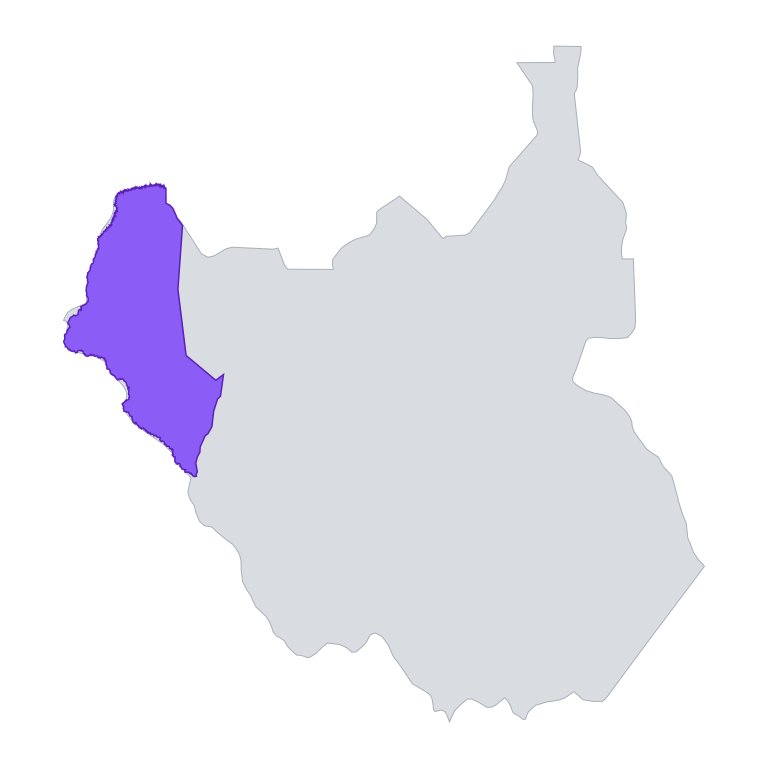 Raga, Western Bahr el Ghazal, South Sudan shown in context
{"feature_id": "79223893B70929244954658", "entity_name": "Raga", "entity_type": "district", "adm_level": 2, "iso_a3": "SSD", "parent_name": "South Sudan", "parent_adm1": "Western Bahr el Ghazal", "projection": "equal_earth", "projection_center": [25.202, 8.544], "detail": "fine", "context": "in_parent", "style": "filled", "palette": "violet", "viewbox_px": 768, "rotation_deg": 0, "n_neighbors": 0, "source": "geoboundaries", "source_scale": "gbopen_adm2", "svg_char_len": 9633}
<svg xmlns="http://www.w3.org/2000/svg" viewBox="0 0 768 768"><path d="M630.4,665.2L607.0,697.0L605.3,698.9L602.4,701.4L592.9,701.4L583.1,699.8L574.0,691.6L564.8,698.0L559.0,700.0L555.5,700.7L547.3,701.8L535.8,705.2L530.7,709.4L527.8,712.8L525.5,719.0L524.4,719.7L522.2,718.9L519.3,716.4L513.1,712.8L510.0,704.9L507.2,700.2L504.8,697.7L495.1,705.5L490.4,707.4L486.5,707.2L479.4,702.7L471.6,699.0L467.5,699.0L461.5,703.7L454.7,710.8L451.2,717.8L449.5,721.9L447.1,715.5L444.8,711.5L441.5,710.0L434.9,711.5L433.4,709.3L433.0,703.9L432.0,698.9L430.4,695.1L425.3,691.4L412.3,683.7L402.2,668.5L397.2,661.5L393.5,656.9L388.2,645.0L382.3,636.7L375.1,632.9L370.3,634.8L365.5,643.6L356.2,651.9L352.0,652.2L346.6,647.7L339.8,644.5L327.5,643.1L322.5,647.0L315.9,653.4L310.3,657.1L306.8,657.6L303.5,656.1L299.9,655.2L296.7,655.1L290.1,649.3L286.7,645.1L284.5,641.0L280.8,638.2L276.4,635.9L273.3,632.2L271.8,627.7L269.4,621.9L266.2,616.6L256.2,607.2L253.2,601.6L251.1,596.2L247.0,590.2L242.7,582.1L241.2,570.4L241.0,561.0L240.1,556.6L238.3,552.2L236.1,548.5L232.6,544.3L224.5,538.3L216.1,531.2L212.0,527.1L204.4,525.7L199.8,521.6L195.9,512.8L194.4,505.7L190.5,500.3L188.9,496.3L187.9,491.7L191.0,477.7L186.5,472.8L179.9,466.4L175.1,459.4L172.2,452.9L163.7,444.4L145.2,431.7L134.5,423.6L128.6,416.3L123.5,409.2L123.0,406.3L126.3,399.2L126.8,393.3L124.1,386.9L113.0,374.7L104.2,361.3L97.5,357.2L81.3,353.5L76.7,352.0L71.9,349.4L67.1,343.4L65.5,336.3L67.8,324.9L66.3,321.4L63.6,320.5L64.4,318.1L67.4,312.6L72.4,309.0L85.7,303.4L86.5,301.2L86.7,294.1L87.8,290.6L92.4,280.8L93.1,276.8L93.3,268.5L93.9,264.5L95.2,261.7L98.9,256.8L100.1,253.9L100.7,247.5L100.3,234.8L102.2,229.7L110.6,218.2L112.8,213.1L113.6,208.5L113.5,203.8L114.0,199.2L116.5,194.7L118.6,193.3L124.8,191.9L129.0,192.8L158.4,184.9L161.8,186.0L163.4,190.7L163.2,198.1L163.7,201.7L165.3,204.3L170.0,207.8L173.2,213.8L175.0,215.9L179.7,220.0L201.6,254.0L207.8,257.2L213.8,256.0L225.7,249.0L231.6,247.2L273.3,249.2L277.9,248.1L278.2,248.3L284.6,265.3L287.6,269.2L333.3,269.4L332.4,264.6L332.9,259.1L340.9,248.7L342.1,247.5L349.1,242.5L356.0,239.1L369.2,235.2L374.0,229.1L376.6,223.4L376.7,212.3L378.4,210.5L381.6,208.0L396.8,198.0L399.4,196.0L426.6,219.0L441.8,237.2L442.8,238.1L443.6,238.5L444.4,237.8L445.0,237.0L446.9,236.2L453.4,235.9L465.6,235.0L469.7,232.9L494.1,200.3L500.3,189.9L501.9,187.8L505.4,180.4L509.0,167.7L509.8,166.2L536.5,135.8L537.5,133.4L537.7,131.4L533.5,121.2L532.6,116.0L532.4,108.0L533.1,95.5L532.7,87.7L532.3,85.5L532.1,85.1L516.9,62.7L554.9,62.5L554.9,59.7L554.8,58.8L554.0,56.1L553.6,52.5L553.6,50.6L553.8,48.7L553.8,47.7L553.7,46.8L553.7,46.4L553.9,46.1L581.1,46.5L580.8,52.9L577.7,67.7L577.8,76.7L577.2,86.8L576.3,89.9L574.9,92.3L574.4,93.5L574.4,94.7L580.6,151.8L580.2,154.2L578.8,157.7L578.4,158.9L578.3,159.8L578.9,160.4L591.6,166.6L592.2,167.0L592.7,167.5L597.3,174.9L622.4,202.0L623.2,203.4L625.9,211.9L626.2,213.2L626.3,215.2L626.2,216.8L625.7,221.9L625.9,224.2L626.3,225.7L626.7,227.5L626.7,228.0L626.5,229.3L622.9,239.2L621.7,246.2L621.4,252.1L621.7,255.5L622.1,257.7L622.5,258.6L622.8,258.9L633.6,258.9L633.5,262.1L635.4,313.8L635.5,319.6L635.1,326.9L633.9,329.8L630.9,333.9L627.1,337.7L617.4,338.6L609.4,338.5L603.6,337.7L595.8,337.3L588.4,338.1L585.8,341.3L576.3,368.9L573.3,375.7L572.5,379.8L573.4,382.2L577.3,385.6L585.7,390.5L595.2,393.4L602.4,394.6L607.3,396.0L611.0,397.5L624.7,410.0L629.1,415.8L631.6,420.9L632.2,426.4L634.2,432.0L646.7,449.2L658.5,457.3L663.1,466.5L667.5,471.0L671.7,475.8L673.9,483.0L679.2,503.7L682.7,514.6L686.3,523.5L687.8,538.0L690.6,544.5L693.5,552.4L698.3,559.5L703.5,565.0L704.4,566.4L653.5,634.1L630.4,665.2Z" fill="#d9dde1" stroke="#a8b0b8" stroke-width="1"/><path d="M186.1,355.5L177.9,289.3L182.5,225.4L176.6,217.7L176.5,216.5L172.8,208.3L170.0,205.3L166.0,203.3L165.9,187.6L165.5,188.7L165.1,187.9L164.2,188.2L164.5,186.5L164.0,185.6L163.9,186.2L163.6,186.0L163.5,186.4L163.3,186.0L162.1,186.3L162.3,186.9L162.0,187.1L161.9,186.4L161.6,186.6L161.8,185.7L161.0,186.0L161.1,185.5L160.7,184.6L160.4,185.2L159.7,184.7L159.6,185.6L159.0,184.2L158.6,184.2L158.9,184.6L158.4,185.3L158.3,184.9L157.7,185.0L157.4,184.1L157.5,184.7L156.4,185.1L156.7,184.4L156.2,184.4L156.4,183.7L156.1,183.5L155.8,184.8L155.6,184.4L154.5,185.6L154.0,184.9L152.8,185.7L152.4,185.4L152.2,186.3L150.9,185.6L151.0,184.4L150.6,184.0L150.7,184.5L150.1,184.6L150.2,185.1L149.8,185.3L150.1,186.0L149.5,186.6L149.0,186.0L147.7,186.3L147.4,185.9L146.1,186.7L146.0,186.0L145.4,187.3L145.1,186.1L144.8,186.8L144.3,186.0L143.5,187.6L143.5,187.1L142.8,186.7L142.5,187.6L141.7,186.8L141.3,188.5L139.8,187.2L139.7,188.7L138.3,188.1L138.0,186.8L137.7,187.9L136.5,187.1L136.4,188.0L135.7,187.9L135.3,188.6L135.0,187.3L134.2,188.8L133.5,188.8L134.0,188.5L133.7,187.9L132.8,188.1L132.7,188.8L132.0,188.2L131.5,189.2L131.0,189.2L131.2,190.1L129.9,189.6L129.9,190.0L129.1,190.0L128.5,189.5L128.3,191.7L128.2,191.1L127.3,190.8L126.9,191.5L127.0,190.8L126.2,190.9L126.5,190.0L125.8,190.5L125.7,189.9L124.9,189.6L124.6,190.0L124.8,190.7L124.4,190.4L123.9,191.3L123.9,190.5L123.5,190.5L123.6,191.6L122.9,191.4L123.0,192.9L122.3,191.9L121.8,192.6L120.8,191.4L120.6,192.0L119.8,192.2L119.7,194.0L118.5,192.9L117.4,194.0L117.4,196.0L116.7,195.9L116.6,196.5L116.2,196.5L116.5,197.2L115.9,197.5L116.2,198.2L116.0,199.0L116.4,199.1L115.4,200.3L116.0,201.2L115.6,201.2L115.7,202.0L115.1,202.9L115.8,203.4L114.4,204.6L115.0,205.3L114.8,205.7L116.0,205.7L115.8,206.3L116.9,207.5L116.7,208.6L117.2,208.5L116.7,209.7L117.1,210.8L116.8,210.6L116.8,211.2L116.4,210.9L116.2,211.7L115.8,211.0L115.4,211.0L115.8,212.8L114.7,212.7L114.4,213.3L114.8,213.8L114.4,214.6L115.0,214.5L114.7,215.4L115.4,214.8L115.1,215.3L115.4,216.1L114.7,215.7L114.7,216.5L114.0,216.5L113.9,217.2L113.4,217.2L113.3,218.6L113.9,219.1L113.7,219.8L113.1,219.9L112.7,219.3L112.6,220.2L112.3,219.7L111.9,220.5L112.0,222.3L111.2,222.8L111.5,223.1L110.9,224.7L111.7,224.8L111.5,225.3L110.4,224.9L110.0,225.0L110.2,225.4L109.7,225.3L110.2,225.9L109.4,225.9L109.4,227.3L108.4,227.2L108.5,227.8L107.4,228.2L107.7,228.8L107.0,228.1L107.1,228.6L106.5,229.1L106.7,229.6L105.8,229.4L105.3,230.3L105.6,230.3L105.6,230.7L105.2,230.4L104.5,231.5L103.6,231.5L102.9,233.9L102.3,234.5L101.6,234.2L101.5,235.4L100.8,235.5L100.6,236.6L99.9,236.2L99.3,237.3L98.5,236.9L98.7,237.7L97.7,238.6L97.8,239.9L98.4,240.3L97.9,240.9L98.3,241.5L97.9,243.9L98.6,244.2L98.8,244.9L98.4,245.4L98.5,249.0L97.7,248.9L96.8,251.3L96.4,251.3L96.6,252.4L96.2,252.4L96.5,253.3L95.4,254.1L95.3,256.6L93.3,259.4L93.6,259.7L93.3,260.5L93.5,260.9L93.3,262.6L92.9,263.5L91.8,263.8L91.1,264.8L90.9,266.8L90.2,267.2L90.2,270.1L87.7,273.0L87.6,275.1L86.8,276.9L87.6,279.6L87.5,281.4L88.1,282.3L86.6,286.0L86.1,291.2L86.7,292.5L86.6,295.7L88.2,298.1L88.1,301.6L87.4,301.8L86.1,304.0L80.6,306.8L81.4,308.4L81.4,310.1L81.0,310.5L80.6,310.3L80.1,309.4L78.6,310.2L77.9,314.7L75.9,315.7L73.6,315.1L72.8,316.3L70.8,317.2L70.2,318.0L68.0,322.4L68.0,323.5L69.2,324.8L70.0,327.4L68.5,328.3L68.3,329.6L67.6,329.8L67.5,330.6L67.0,331.0L66.9,332.9L66.1,333.9L64.6,334.6L64.8,339.1L63.8,341.1L63.9,342.4L65.5,345.6L65.4,346.7L66.0,346.5L67.3,347.5L68.4,349.7L69.3,349.4L69.9,350.3L70.2,350.1L70.8,350.8L72.5,351.5L73.7,350.9L74.6,351.2L75.5,352.9L77.1,352.5L77.7,351.0L79.5,350.4L80.9,350.9L81.4,350.2L82.0,351.0L82.8,350.9L83.5,353.5L84.6,353.7L84.6,354.9L85.6,355.0L86.0,356.0L86.7,355.7L87.7,356.4L89.2,355.6L90.1,354.5L91.2,355.3L91.6,354.5L92.6,355.1L93.9,355.0L94.4,355.9L95.2,356.2L97.1,355.8L97.9,356.4L98.3,357.8L99.4,357.4L100.4,357.9L101.3,356.9L102.1,357.6L103.1,357.8L103.6,358.7L104.5,358.2L104.9,360.1L105.4,360.8L105.8,360.7L106.2,363.1L105.9,364.4L106.9,366.1L106.9,368.5L107.3,369.1L109.2,369.2L110.1,370.7L110.0,371.7L110.3,371.9L110.4,373.2L111.8,374.6L112.5,374.5L113.1,375.4L114.1,375.5L117.3,379.8L118.8,379.8L119.0,379.2L119.8,378.9L120.6,379.3L121.0,378.8L121.4,379.3L122.7,378.8L123.8,380.2L124.2,381.2L125.3,381.3L126.3,383.2L127.3,386.4L127.9,386.7L127.9,387.9L128.4,387.0L129.0,387.1L128.6,394.3L129.6,397.0L128.9,397.6L129.0,399.1L126.9,400.3L126.2,400.0L125.5,400.5L125.6,401.4L124.9,401.5L124.2,402.5L123.3,402.6L122.8,403.9L122.2,404.0L123.8,407.3L123.3,408.6L124.0,410.0L123.9,411.2L125.2,411.4L126.4,412.2L128.0,412.0L129.0,412.9L129.0,413.7L130.4,416.1L132.0,416.5L131.9,417.8L132.4,419.2L132.4,420.4L133.0,421.2L133.0,422.1L135.1,423.8L135.5,422.6L136.2,422.6L136.5,423.7L137.8,425.3L138.7,425.7L138.9,427.1L139.9,427.4L140.3,428.4L141.1,428.1L141.8,428.9L142.3,428.2L143.7,428.0L144.1,429.5L145.3,429.5L145.5,430.8L146.2,431.1L146.4,430.6L147.0,431.2L147.1,432.2L147.8,432.8L148.4,432.2L149.2,433.1L150.0,432.7L150.5,434.2L153.1,434.3L154.0,435.9L156.0,435.3L156.4,436.7L158.7,437.6L159.8,437.3L160.3,438.2L159.8,439.7L160.8,441.1L161.7,441.4L162.6,441.0L163.9,441.8L164.8,443.0L164.4,443.8L164.5,444.3L166.4,444.9L166.5,446.2L169.0,446.3L169.3,446.5L169.3,447.9L169.9,448.6L170.8,448.6L171.4,449.8L171.8,449.0L172.3,448.9L172.7,449.4L173.0,450.6L172.5,452.0L173.2,453.6L172.3,454.5L172.3,455.1L172.7,455.6L173.7,455.4L173.3,455.7L173.4,456.7L175.1,457.0L175.3,457.5L174.9,458.3L174.8,460.7L175.0,461.9L175.8,462.3L176.3,463.9L177.3,463.6L177.7,464.1L178.3,463.3L180.0,464.0L180.4,464.8L180.0,465.5L180.1,466.4L180.9,466.7L182.0,469.0L185.5,469.8L184.9,470.3L184.9,472.0L185.6,472.4L187.6,472.1L189.2,472.5L189.8,473.4L191.1,473.2L191.0,474.1L192.1,474.4L192.4,475.5L194.1,476.6L196.4,476.3L195.9,474.8L197.3,471.9L195.8,462.9L197.4,456.7L199.8,452.4L200.2,446.9L205.2,435.6L207.9,433.8L211.9,426.7L213.6,411.5L217.4,399.3L220.5,396.1L223.5,374.5L215.8,380.3L186.1,355.5Z" fill="#8b5cf6" stroke="#5b21b6" stroke-width="1.5"/></svg>